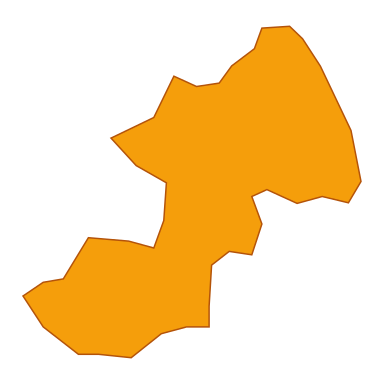 an SVG outline of Kosovska Mitrovica
{"feature_id": "KOS-5894", "entity_name": "Kosovska Mitrovica", "entity_type": "District", "adm_level": 1, "iso_a3": "XKX", "parent_name": "Kosovo", "parent_adm1": "", "projection": "mercator", "projection_center": [20.905, 42.931], "detail": "fine", "context": "isolated", "style": "filled", "palette": "amber", "viewbox_px": 384, "rotation_deg": 0, "n_neighbors": 0, "source": "natural_earth", "source_scale": "10m", "svg_char_len": 595}
<svg xmlns="http://www.w3.org/2000/svg" viewBox="0 0 384 384"><path d="M289.6,26.3L302.6,38.8L320.4,66.2L351.0,130.5L361.0,181.5L348.4,202.8L322.2,196.5L297.1,203.4L266.9,189.6L251.8,196.5L261.9,224.0L251.8,254.8L229.2,251.4L211.6,265.1L209.1,306.3L209.1,326.9L186.5,326.9L161.3,333.7L131.2,357.7L98.5,354.3L78.4,354.3L43.2,326.9L23.0,296.0L43.2,282.3L63.3,278.9L88.4,237.7L128.6,241.1L153.8,248.0L163.8,220.5L166.4,182.8L136.2,165.6L111.0,138.1L153.8,117.5L173.9,76.2L196.5,86.5L219.2,83.1L231.7,65.9L254.4,48.7L261.9,28.1L289.6,26.3Z" fill="#f59e0b" stroke="#b45309" stroke-width="1.5"/></svg>